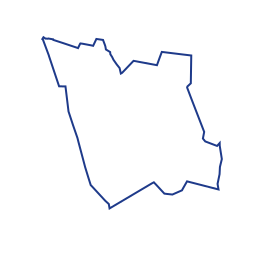 the district of Lamadrid, Coahuila, Mexico, rotated 190°
{"feature_id": "50627088B2503927833779", "entity_name": "Lamadrid", "entity_type": "district", "adm_level": 2, "iso_a3": "MEX", "parent_name": "Mexico", "parent_adm1": "Coahuila", "projection": "mercator", "projection_center": [-101.874, 27.163], "detail": "fine", "context": "isolated", "style": "outline", "palette": "blue", "viewbox_px": 256, "rotation_deg": 190, "n_neighbors": 0, "source": "geoboundaries", "source_scale": "gbopen_adm2", "svg_char_len": 1172}
<svg xmlns="http://www.w3.org/2000/svg" viewBox="0 0 256 256"><g transform="rotate(190 128 128)"><path d="M227.0,202.7L227.8,200.7L227.2,200.4L218.5,185.6L218.4,185.3L203.1,157.1L198.5,157.8L196.8,158.1L189.4,133.8L189.1,133.3L182.6,121.2L176.0,109.3L174.3,105.5L167.1,90.0L163.4,82.0L158.8,73.0L154.8,65.3L153.4,64.3L145.8,58.5L137.8,52.4L133.7,49.8L132.2,45.6L94.9,77.6L93.1,79.0L92.2,78.3L91.2,77.6L80.8,69.7L78.4,69.8L72.7,70.2L64.0,76.0L63.5,77.6L60.6,85.7L28.2,83.2L30.1,88.5L29.8,98.4L30.7,105.6L30.2,113.7L34.6,126.5L35.1,129.1L37.2,125.8L49.6,128.2L52.4,130.6L52.3,137.4L64.7,157.9L70.8,168.0L76.8,178.1L76.7,179.2L73.9,182.9L78.3,210.4L87.1,209.9L107.9,208.8L108.9,203.5L110.4,194.9L134.2,195.1L143.4,181.3L144.5,180.4L146.7,185.6L150.1,188.6L154.2,192.7L155.9,195.1L158.2,197.6L158.8,199.7L163.4,201.5L164.4,204.3L165.0,205.5L167.9,210.4L174.6,210.2L176.6,202.9L178.8,203.0L187.2,203.1L189.6,203.0L189.7,202.9L191.0,198.4L191.1,198.0L192.2,198.2L206.3,200.3L215.5,201.6L216.9,201.8L217.1,202.3L217.6,202.3L222.0,202.3L222.4,202.0L224.4,201.8L224.9,201.7L225.2,201.9L225.7,202.1L226.5,202.5L227.0,202.7Z" fill="none" stroke="#1e3a8a" stroke-width="2"/></g></svg>